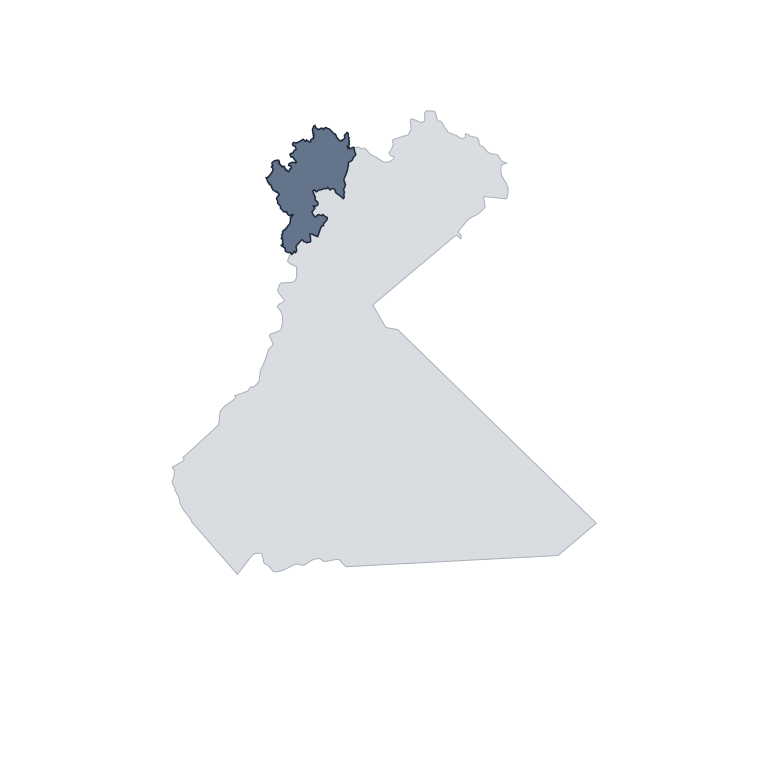 Sikasso highlighted on a map of Mali, rotated 140°
{"feature_id": "MLI-2794", "entity_name": "Sikasso", "entity_type": "Region", "adm_level": 1, "iso_a3": "MLI", "parent_name": "Mali", "parent_adm1": "", "projection": "robinson", "projection_center": [-6.512, 11.478], "detail": "fine", "context": "in_parent", "style": "filled", "palette": "slate", "viewbox_px": 768, "rotation_deg": 140, "n_neighbors": 0, "source": "natural_earth", "source_scale": "10m", "svg_char_len": 9785}
<svg xmlns="http://www.w3.org/2000/svg" viewBox="0 0 768 768"><g transform="rotate(140 384 384)"><path d="M173.2,553.0L173.4,550.6L171.5,548.9L171.5,548.0L172.6,540.9L172.5,539.0L173.3,535.4L172.0,533.8L171.7,532.6L168.8,528.0L167.8,524.0L166.3,521.4L162.8,520.6L161.5,522.8L160.7,523.2L159.4,521.6L158.9,520.2L158.9,519.0L154.3,512.8L154.7,509.5L156.4,507.7L157.1,504.9L155.4,501.6L155.7,498.4L155.4,494.0L152.8,490.2L151.0,488.5L149.5,485.8L150.7,479.6L148.1,474.3L153.1,476.4L155.5,474.4L157.8,471.8L159.8,468.2L160.7,463.8L161.1,460.0L163.1,454.1L165.5,451.3L170.5,447.2L171.9,447.6L180.0,456.3L184.6,460.8L186.3,463.1L187.8,463.1L190.1,458.8L192.5,455.1L193.5,454.2L201.7,453.7L206.0,454.4L209.7,455.5L215.1,455.8L229.3,453.1L229.5,451.3L229.3,449.2L229.9,447.7L231.1,446.2L232.1,445.9L232.5,450.9L233.7,451.6L237.0,451.8L341.8,451.8L346.2,426.1L338.5,416.7L310.9,140.9L360.8,140.8L369.4,147.1L530.3,268.3L531.1,272.2L531.0,277.6L532.2,279.3L534.6,281.0L543.7,286.2L544.4,287.2L544.8,289.4L545.9,292.0L547.9,293.5L550.1,294.7L552.9,295.5L561.1,296.3L562.9,297.5L566.5,302.3L568.5,303.2L579.6,305.8L583.2,307.1L587.2,309.3L589.3,311.3L589.3,318.8L590.9,323.7L590.9,324.9L589.2,326.9L588.8,328.3L586.8,332.2L587.2,333.7L591.1,336.7L593.0,337.5L595.2,337.5L618.7,332.4L619.9,402.7L619.0,403.8L618.6,416.3L617.0,423.6L614.0,429.0L612.2,437.1L611.1,438.7L610.3,443.3L608.6,446.0L605.6,447.1L600.2,452.2L599.8,456.4L587.1,454.1L586.2,454.2L585.7,454.7L585.4,456.9L552.8,458.2L536.8,459.1L526.8,468.6L520.3,469.5L512.1,468.7L507.9,468.7L506.2,469.2L505.9,471.0L492.9,466.1L488.1,467.6L487.3,467.1L486.6,466.1L484.3,465.5L480.6,465.8L477.9,466.5L469.7,474.0L465.2,475.9L457.0,480.3L451.2,484.1L449.1,484.9L445.9,485.0L443.3,485.8L440.9,494.4L439.3,495.3L429.4,491.8L427.4,492.3L425.7,493.3L420.2,498.4L417.5,502.4L416.0,507.8L416.3,511.3L415.3,512.3L412.8,512.6L408.2,511.5L406.8,512.0L406.2,514.6L406.3,520.4L405.3,524.3L402.6,525.6L400.5,527.1L398.9,527.5L397.5,527.2L389.5,521.3L386.8,520.4L383.8,521.0L381.0,523.5L375.9,529.6L376.4,531.8L377.8,534.3L378.9,537.5L378.8,540.3L371.5,544.3L373.2,547.2L373.1,555.2L369.7,558.9L368.5,561.2L365.3,563.8L362.5,565.2L353.6,567.3L350.1,569.9L348.4,571.9L348.0,574.1L348.3,576.6L350.1,581.9L349.5,586.7L348.1,592.3L346.7,594.7L342.6,597.6L343.2,601.3L343.6,606.5L343.0,613.2L341.7,617.8L340.7,617.3L336.8,617.6L332.5,619.0L331.0,620.1L330.6,621.7L327.0,625.4L324.6,625.1L322.3,624.1L321.1,623.2L321.0,622.6L322.4,619.6L322.5,618.6L321.1,613.5L321.3,612.2L320.8,608.2L320.5,608.0L315.7,609.7L315.5,610.5L316.3,613.0L315.8,613.4L314.1,613.4L311.7,612.5L309.2,610.2L308.5,611.0L308.2,612.8L308.1,615.0L308.7,618.9L308.0,620.3L304.0,620.1L300.6,620.5L299.8,621.9L299.4,623.5L300.2,625.2L300.1,626.0L298.7,627.0L298.1,627.0L296.2,625.1L288.8,623.2L288.1,620.6L287.3,620.6L284.9,617.3L283.9,617.4L283.0,617.9L280.2,617.7L277.7,620.5L275.8,624.0L273.8,625.7L270.7,626.4L271.2,624.2L270.2,621.2L263.8,617.4L262.8,615.8L261.1,607.2L261.2,604.7L261.6,602.4L261.5,600.6L260.8,599.3L258.8,598.0L256.8,597.4L254.3,599.1L253.0,599.4L251.9,599.3L251.3,598.7L251.4,597.8L254.2,593.2L255.5,591.3L258.3,589.0L259.0,587.9L259.0,587.0L258.8,586.4L257.0,585.5L254.1,583.4L252.6,583.1L251.4,582.1L250.0,578.8L249.4,578.1L248.1,577.8L246.9,577.0L247.0,568.8L244.3,562.7L241.8,554.9L240.6,553.1L238.4,551.5L235.6,550.5L233.2,550.2L230.5,551.1L230.5,551.8L232.0,554.3L232.3,555.7L232.0,557.0L231.5,557.9L227.8,558.8L222.9,561.6L221.3,564.9L220.1,565.3L218.2,564.9L205.2,559.3L199.7,561.7L196.1,566.6L195.3,568.2L193.6,569.6L192.7,569.6L191.7,568.6L187.9,561.3L186.3,559.5L184.2,559.5L182.5,560.7L180.6,563.2L178.3,565.5L176.9,566.1L175.6,565.8L170.2,560.8L169.9,559.8L172.4,553.9L173.2,553.0Z" fill="#d9dde1" stroke="#a8b0b8" stroke-width="1"/><path d="M372.0,542.8L371.7,542.8L371.4,542.9L371.2,544.6L371.5,545.1L372.7,546.2L373.2,546.7L373.8,548.2L374.1,548.7L374.2,548.8L374.1,549.4L373.7,550.0L372.6,551.2L372.4,552.0L373.4,554.8L373.7,556.2L372.9,556.4L372.1,555.5L371.7,555.6L371.4,555.8L371.2,556.8L371.2,557.3L368.6,559.8L369.3,561.4L369.0,561.7L368.1,561.8L367.1,562.4L366.8,563.1L366.8,563.6L366.6,564.0L366.0,564.3L365.2,564.3L364.9,564.3L364.6,564.6L363.9,565.8L363.5,566.0L362.7,566.2L362.2,566.4L361.7,565.8L361.1,565.8L359.8,566.3L359.2,566.3L358.6,566.2L358.0,566.1L357.4,566.4L356.8,566.8L356.5,566.9L354.1,566.9L352.7,567.8L351.9,568.1L351.4,568.5L350.7,569.5L349.5,570.5L349.0,571.4L348.8,571.6L348.6,571.6L348.1,571.3L347.9,571.3L347.5,571.6L346.5,571.8L346.2,572.1L345.4,571.8L344.8,571.9L344.8,572.0L345.0,572.4L345.9,573.0L346.0,573.1L346.5,573.0L347.1,573.1L348.1,573.7L348.4,574.2L348.7,574.8L348.6,576.1L348.4,577.4L347.8,578.4L347.9,578.8L348.1,579.1L348.9,579.2L350.0,580.1L350.2,581.3L350.2,584.0L350.4,585.2L350.2,585.5L349.6,585.8L349.1,586.2L349.0,586.8L349.2,590.2L349.2,590.8L348.8,591.4L347.9,592.5L347.6,593.2L347.4,594.6L347.2,595.0L346.5,595.5L345.5,595.9L342.6,596.3L342.2,596.6L342.1,597.1L342.5,599.1L342.3,600.0L342.9,599.8L343.3,600.7L343.9,603.0L344.2,603.7L344.3,604.1L343.9,606.0L343.9,606.6L343.5,606.9L343.3,607.1L343.1,607.6L342.9,609.3L343.0,610.4L343.5,610.6L343.2,610.9L343.0,611.5L343.0,612.0L343.3,612.5L342.9,614.2L342.1,615.7L341.9,617.3L341.7,617.8L340.9,617.5L340.3,617.0L339.9,616.9L339.7,616.9L338.9,617.1L337.3,617.3L333.5,618.2L331.5,619.4L331.0,619.8L330.7,620.3L330.6,620.9L330.7,622.7L330.4,623.0L329.0,622.5L328.7,622.8L328.6,623.6L328.4,624.3L328.1,624.9L327.5,625.5L324.9,625.5L322.8,624.7L322.4,624.4L321.8,623.6L321.5,623.4L321.1,623.5L321.0,622.3L321.1,621.8L321.4,621.4L321.8,621.7L322.0,621.6L322.1,621.4L322.0,620.9L322.7,620.0L322.3,619.6L322.3,619.0L322.8,618.0L322.3,617.4L322.2,617.0L322.3,616.8L322.6,616.0L322.5,615.7L322.3,615.5L321.8,615.6L321.6,615.5L321.1,615.0L320.9,614.9L320.6,615.0L320.5,614.9L320.5,614.4L320.6,614.1L321.1,613.7L321.3,613.4L321.4,613.0L321.1,612.2L321.3,611.9L321.9,611.5L322.1,611.1L322.0,610.9L321.7,610.6L320.9,610.2L320.8,609.9L320.9,608.6L320.9,608.1L320.6,608.0L319.9,608.1L319.2,608.4L318.7,608.8L318.1,609.1L316.8,609.0L316.2,609.0L315.7,609.3L315.5,609.9L315.4,611.2L315.6,611.6L316.3,612.0L316.5,612.3L316.4,613.1L315.8,613.5L315.1,613.7L314.5,613.6L313.0,613.3L312.5,613.1L311.3,612.4L310.8,611.9L310.3,611.5L309.7,610.4L309.4,610.1L308.7,610.3L308.8,610.4L308.3,611.2L308.2,611.8L308.1,612.4L308.3,613.2L308.2,614.7L307.9,615.8L308.0,616.3L308.3,617.0L309.2,617.3L309.3,617.6L309.3,617.9L308.9,618.7L308.7,619.9L308.5,620.3L307.8,620.6L307.2,620.5L306.1,619.8L305.5,619.5L304.8,619.6L303.2,620.5L302.6,620.6L301.0,620.3L300.3,620.4L300.0,620.9L299.3,623.5L299.3,623.9L300.0,624.5L300.3,624.8L300.4,625.7L300.0,626.4L299.4,626.9L298.7,627.1L298.0,627.2L297.5,626.6L297.1,625.9L296.6,625.3L296.1,625.0L293.3,624.1L291.0,623.7L289.2,623.6L288.7,623.5L288.5,623.1L288.5,622.3L288.7,621.0L288.5,620.5L287.8,620.4L286.8,620.8L286.4,620.8L286.4,619.9L285.8,618.7L285.8,617.7L285.6,617.3L285.4,617.0L285.1,616.8L284.8,616.7L284.4,616.7L283.7,617.7L283.5,618.0L283.2,618.1L282.4,618.1L281.7,618.0L280.7,617.3L280.1,617.4L279.9,617.7L279.7,618.4L279.4,618.5L279.1,618.5L278.8,618.6L278.4,618.9L278.4,619.2L278.0,619.4L278.4,619.8L278.0,620.4L277.4,620.8L276.8,620.9L277.2,621.5L276.9,622.2L276.8,622.6L276.6,622.9L276.2,623.2L276.0,623.8L275.3,624.8L274.8,625.3L273.8,625.5L273.0,626.2L272.5,626.5L271.9,626.6L271.3,626.7L270.7,626.4L271.3,624.9L271.5,624.1L271.4,623.3L271.0,621.7L270.5,621.0L270.0,620.6L268.4,620.5L267.7,620.4L267.1,619.9L267.0,619.5L266.9,618.7L266.8,618.3L266.5,617.7L266.3,617.7L265.7,618.0L265.0,618.2L264.4,618.2L263.8,617.9L263.1,616.4L262.3,615.0L261.9,614.1L261.5,607.7L261.4,607.1L260.6,606.8L260.7,606.1L261.3,604.3L261.7,603.7L261.7,603.1L261.7,599.7L261.5,599.0L261.1,598.2L260.5,597.6L259.8,597.2L259.5,597.2L258.9,597.6L258.7,597.6L257.9,597.4L257.0,597.5L256.4,597.3L255.9,597.3L255.2,599.0L254.9,599.5L254.4,599.9L253.9,600.1L253.4,600.2L252.4,600.1L251.8,600.1L251.3,600.4L250.9,600.6L250.4,600.2L250.3,599.7L250.4,599.1L250.9,598.2L252.2,596.7L252.6,596.0L252.5,595.0L252.8,594.6L253.0,594.5L253.6,594.5L253.8,594.4L254.1,593.8L254.3,592.7L254.6,592.1L255.6,591.5L256.1,591.4L256.2,591.1L256.0,590.6L256.3,589.9L256.6,589.7L257.7,590.0L258.2,590.0L258.8,590.0L259.3,589.8L259.6,589.4L259.8,588.5L259.5,588.4L259.0,588.5L258.5,588.3L258.2,587.9L258.6,587.4L259.2,587.1L259.7,587.0L259.1,586.4L258.2,585.9L256.5,585.3L255.7,585.3L255.3,585.1L255.1,584.7L255.0,584.1L255.4,583.7L256.5,582.1L258.1,578.0L259.1,577.4L260.9,577.5L264.6,575.9L266.0,575.9L268.5,576.5L269.5,575.9L271.6,573.5L272.3,573.2L274.5,571.4L277.7,569.4L282.7,566.9L283.6,566.1L284.7,563.1L285.4,561.4L286.2,560.9L289.0,559.3L290.1,558.8L290.5,558.0L290.9,556.3L291.9,555.8L293.1,554.9L294.3,552.7L295.9,552.1L296.2,553.0L296.7,556.6L297.8,560.6L297.9,561.8L296.9,564.1L297.0,565.9L298.0,567.0L298.8,567.4L300.1,567.0L300.7,567.7L300.7,570.8L302.2,570.5L302.9,570.8L303.8,572.0L305.9,572.6L309.6,574.5L312.1,574.6L312.6,575.2L312.4,577.1L313.6,577.7L314.5,577.6L315.1,576.0L316.2,572.7L316.6,571.3L318.4,569.4L318.0,566.9L318.0,565.4L319.3,563.9L320.7,563.7L322.2,564.4L323.6,565.8L323.9,565.5L323.8,563.2L324.6,562.8L325.5,562.8L327.4,562.2L328.5,562.3L329.5,559.3L329.4,556.4L328.5,556.0L325.9,556.2L325.0,555.7L324.4,554.3L322.9,552.9L321.9,553.1L321.9,552.3L321.5,551.1L321.4,549.8L320.4,548.1L321.9,546.5L327.8,545.4L328.5,544.2L328.8,544.2L329.6,544.8L330.9,544.9L335.3,542.4L340.0,539.5L340.4,539.8L341.4,542.2L342.2,542.9L342.5,544.7L344.2,546.4L345.0,546.1L345.8,544.0L348.1,540.9L348.9,540.2L349.5,540.4L352.5,541.9L352.8,543.2L353.9,544.7L353.8,546.7L354.8,547.4L362.0,546.2L363.1,545.9L363.7,544.6L365.5,542.0L367.3,541.5L367.8,543.3L368.5,543.2L369.0,542.7L371.5,542.6L372.0,542.8Z" fill="#64748b" stroke="#1e293b" stroke-width="1.5"/></g></svg>